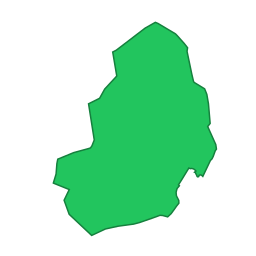 the district of Tai, Rivers, Nigeria, rotated 259°
{"feature_id": "59680162B30773772502776", "entity_name": "Tai", "entity_type": "district", "adm_level": 2, "iso_a3": "NGA", "parent_name": "Nigeria", "parent_adm1": "Rivers", "projection": "albers", "projection_center": [7.245, 4.762], "detail": "fine", "context": "isolated", "style": "filled", "palette": "green", "viewbox_px": 256, "rotation_deg": 259, "n_neighbors": 0, "source": "geoboundaries", "source_scale": "gbopen_adm2", "svg_char_len": 1145}
<svg xmlns="http://www.w3.org/2000/svg" viewBox="0 0 256 256"><g transform="rotate(259 128 128)"><path d="M90.4,210.8L95.0,211.0L114.2,206.5L116.8,209.5L136.4,211.6L146.0,211.8L151.8,210.7L159.9,201.9L160.8,201.3L161.3,201.2L168.9,200.9L190.2,200.6L192.1,200.6L195.4,201.8L200.1,199.4L209.5,193.8L211.3,192.6L224.9,177.4L225.1,177.1L226.5,175.0L222.8,163.9L206.6,131.3L205.5,127.5L201.4,127.4L181.6,126.9L181.1,126.8L170.7,112.6L162.6,105.8L159.3,93.9L122.7,92.6L118.0,89.6L117.6,89.4L115.6,87.4L115.3,84.9L114.2,70.0L110.8,53.1L106.6,51.4L96.5,48.6L88.2,44.2L88.1,44.3L78.8,58.6L69.3,51.5L54.5,53.8L29.5,71.8L33.2,86.6L33.5,99.5L32.6,115.2L33.0,121.3L34.9,134.6L35.6,139.2L36.2,142.7L35.5,145.3L33.2,150.0L35.7,154.0L39.4,158.0L42.1,160.8L44.5,163.6L47.2,164.0L52.2,162.6L55.5,162.9L57.6,163.8L59.3,164.7L61.5,167.4L62.6,166.7L66.7,170.6L77.1,180.1L76.2,181.4L76.2,182.6L75.4,184.5L73.8,185.9L72.8,186.5L71.9,184.9L71.4,185.6L70.0,185.9L69.3,186.2L67.2,186.6L66.7,187.2L66.8,188.1L68.0,188.8L68.2,190.1L67.5,191.3L66.2,192.2L80.4,202.7L81.6,204.5L83.8,206.2L89.0,209.3L90.4,210.8Z" fill="#22c55e" stroke="#15803d" stroke-width="1.5"/></g></svg>